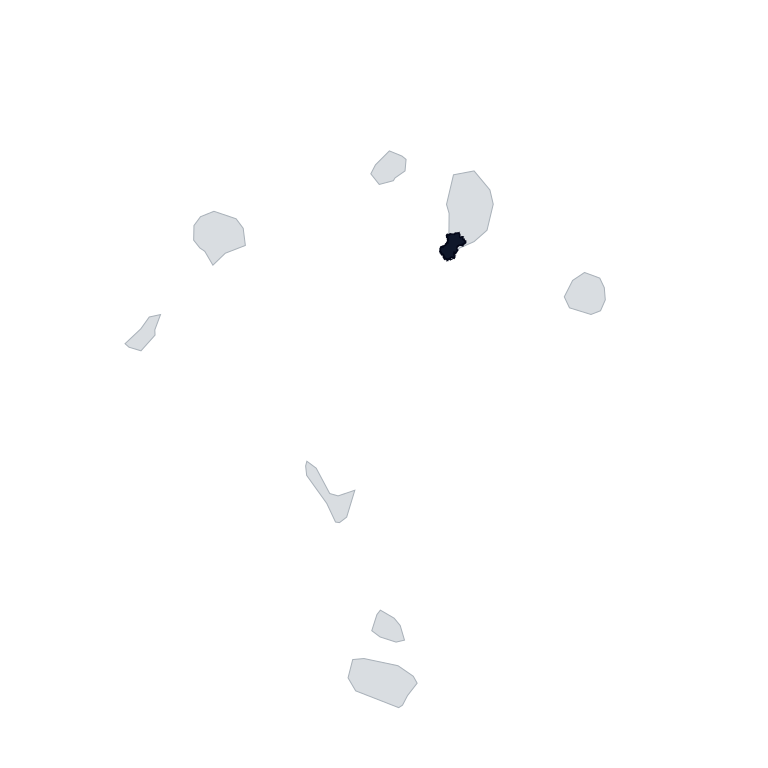 Santo Amaro Abade, Tarrafal, Cabo Verde shown in context, rotated 227°
{"feature_id": "66160863B37752467633472", "entity_name": "Santo Amaro Abade", "entity_type": "district", "adm_level": 2, "iso_a3": "CPV", "parent_name": "Cabo Verde", "parent_adm1": "Tarrafal", "projection": "mercator", "projection_center": [-23.726, 15.266], "detail": "fine", "context": "in_parent", "style": "filled", "palette": "ink", "viewbox_px": 768, "rotation_deg": 227, "n_neighbors": 0, "source": "geoboundaries", "source_scale": "gbopen_adm2", "svg_char_len": 6240}
<svg xmlns="http://www.w3.org/2000/svg" viewBox="0 0 768 768"><g transform="rotate(227 384 384)"><path d="M489.6,577.5L478.4,595.2L453.7,593.8L441.0,586.5L426.2,564.2L426.7,547.0L431.9,532.0L431.0,519.1L433.1,515.6L440.7,517.9L441.9,526.6L464.4,548.0L472.7,552.2L489.6,577.5ZM168.4,202.1L150.3,206.1L142.6,204.2L140.1,188.7L136.5,178.5L137.3,174.0L178.9,154.0L193.6,157.3L203.8,173.2L196.9,182.1L168.4,202.1ZM587.6,339.9L603.2,343.4L609.1,342.1L619.0,342.9L629.5,353.1L631.5,363.9L626.3,377.4L605.7,388.5L593.9,387.2L579.9,377.1L587.9,357.1L587.6,339.9ZM328.8,606.7L314.3,614.0L304.2,610.8L294.6,603.2L289.9,592.3L293.7,582.8L313.2,571.6L324.8,575.3L331.1,592.6L328.8,606.7ZM369.9,265.1L377.5,270.8L380.1,274.9L368.7,277.0L340.9,269.6L333.5,274.1L326.2,290.2L312.1,265.9L313.0,256.9L316.1,254.4L335.7,260.7L369.9,265.1ZM538.4,552.6L533.2,553.3L525.5,544.7L527.2,532.6L526.3,529.5L533.2,516.6L546.7,517.7L550.1,527.2L550.8,546.9L538.4,552.6ZM221.1,227.1L205.8,231.7L196.3,231.1L182.7,224.3L187.0,216.8L201.7,208.6L211.9,206.8L220.2,221.6L221.1,227.1ZM593.1,258.0L587.2,267.9L579.9,253.3L575.9,249.9L574.0,228.9L584.8,222.6L590.1,222.1L590.2,243.8L593.1,258.0Z" fill="#d9dde1" stroke="#a8b0b8" stroke-width="1"/><path d="M443.6,541.7L443.8,541.3L443.9,541.2L444.2,540.9L444.7,540.3L444.7,539.9L444.9,539.7L445.2,539.6L445.8,539.0L445.7,538.4L445.3,537.8L445.3,537.6L446.4,536.9L446.8,536.3L447.3,535.9L447.5,535.6L447.8,535.5L448.3,535.1L448.4,534.9L448.5,534.9L448.5,534.6L448.9,534.3L449.0,534.0L448.3,533.5L449.6,532.7L449.8,531.8L450.0,531.7L450.3,531.9L450.3,531.7L450.1,531.3L449.9,531.5L449.6,531.3L449.6,531.0L449.4,530.6L449.1,530.4L448.9,530.6L448.9,530.3L448.6,530.0L448.4,530.2L448.4,530.4L448.2,530.5L448.4,530.7L448.2,530.8L448.0,530.5L448.1,530.3L448.0,530.1L447.8,530.1L447.8,530.3L447.5,530.0L447.3,530.1L447.1,530.0L446.9,530.0L446.9,529.9L447.1,529.7L446.8,529.4L446.7,529.6L446.6,529.4L446.2,529.6L446.2,529.4L446.0,529.1L445.8,529.4L445.7,529.3L445.8,529.0L445.5,529.0L445.6,528.7L445.4,528.6L445.3,528.3L445.2,528.3L445.2,528.2L445.0,527.9L444.9,528.0L444.8,527.6L444.5,527.7L444.4,527.6L444.7,527.4L444.3,527.0L444.5,526.9L444.5,526.7L444.2,526.7L444.4,526.5L444.1,526.4L444.1,526.2L444.2,525.8L444.0,525.6L443.8,525.5L444.0,525.5L444.2,525.2L443.9,525.2L443.9,524.9L443.7,525.0L443.7,524.9L443.8,524.8L443.8,524.5L443.8,524.3L443.7,524.1L443.8,524.1L443.8,523.9L443.7,523.8L443.6,523.6L443.7,523.2L444.0,523.0L444.0,522.7L444.2,522.4L444.2,522.2L444.3,521.7L444.2,521.6L444.4,521.3L443.9,521.2L443.6,520.9L443.6,520.7L443.9,520.3L444.1,520.4L444.3,520.3L444.8,520.5L444.8,520.4L445.1,520.0L445.1,519.7L444.9,519.6L445.1,519.6L445.3,519.4L445.2,519.3L445.3,519.3L445.4,518.9L445.0,518.7L445.1,518.3L444.8,517.9L444.8,517.6L444.5,517.4L444.5,517.1L444.1,517.0L444.1,516.8L443.9,516.7L443.7,516.7L443.6,516.4L443.4,516.1L443.2,516.2L442.7,515.8L442.8,515.6L443.1,515.5L443.0,515.3L442.8,515.2L442.7,515.2L442.4,515.1L442.4,515.5L442.2,515.7L441.7,515.7L441.1,515.7L440.8,515.5L440.8,515.4L441.0,515.3L441.2,515.1L441.2,514.9L441.0,515.0L440.8,514.8L440.7,514.8L440.4,514.6L440.1,514.8L440.1,514.6L439.6,514.4L439.3,514.4L439.3,514.6L438.9,514.5L438.8,515.1L438.9,515.3L438.8,515.5L438.6,515.5L438.3,515.4L438.2,515.7L437.5,515.6L437.5,515.2L437.4,515.1L437.5,515.0L436.9,514.9L436.6,515.0L436.5,514.9L436.5,514.7L436.3,514.8L436.3,514.6L436.1,514.8L435.8,514.6L435.9,514.4L435.8,514.2L435.3,514.6L435.2,514.2L435.1,514.3L435.0,514.1L434.8,514.0L434.9,513.8L434.7,513.8L434.7,513.6L434.2,513.4L433.7,513.5L433.9,514.0L433.6,514.0L433.6,514.4L433.8,514.5L433.7,514.7L433.3,514.5L433.1,514.8L433.0,514.7L432.9,514.8L432.9,515.0L432.7,515.0L432.7,514.9L432.7,515.0L432.6,514.8L432.4,514.7L431.8,514.9L431.6,514.7L431.5,514.8L431.4,514.7L431.4,514.8L431.3,515.3L431.2,515.3L431.4,515.6L431.3,515.8L431.2,515.7L431.2,515.9L431.6,516.2L431.8,516.3L431.7,516.4L431.6,516.5L431.4,516.4L431.3,516.7L431.1,516.7L431.0,516.9L431.1,517.0L431.3,517.3L431.2,517.5L431.1,517.4L430.9,517.6L430.5,517.8L430.4,517.7L430.3,517.3L430.2,517.4L430.0,517.2L429.6,517.3L429.6,517.5L429.9,517.9L429.8,518.0L430.4,517.9L430.5,518.0L430.9,518.1L431.1,518.3L431.1,518.8L430.8,519.2L430.8,520.1L430.4,520.4L430.0,520.3L430.0,520.1L429.9,520.1L429.7,520.1L429.2,520.1L428.9,520.4L429.0,520.6L428.9,520.7L428.9,520.9L428.7,520.8L428.3,520.9L428.4,521.1L428.2,521.3L428.4,521.5L428.7,521.4L428.6,521.5L428.7,521.9L428.5,522.3L428.7,522.5L429.1,522.7L429.5,522.7L429.5,522.8L429.6,522.7L430.0,522.7L430.1,522.8L430.1,522.7L430.3,522.7L430.6,523.1L430.6,523.3L430.7,523.5L431.1,523.6L431.1,523.8L431.4,523.7L431.6,524.0L431.8,523.9L431.9,524.1L432.1,524.3L432.2,524.5L432.3,524.6L432.1,524.6L432.2,524.8L432.0,525.0L431.9,525.0L431.9,524.9L431.8,525.1L431.7,525.0L431.2,525.1L430.9,525.2L431.0,525.3L430.9,525.4L431.2,525.5L431.1,525.8L431.0,525.7L431.0,525.8L431.3,525.9L431.0,526.0L431.1,526.4L431.0,526.8L431.5,528.7L431.5,529.1L431.8,529.3L432.2,529.0L432.9,529.3L433.7,530.0L433.9,530.4L434.1,530.5L434.2,530.8L434.3,530.9L434.4,531.2L434.3,531.6L434.6,531.9L434.3,532.1L434.2,532.4L434.3,532.5L434.2,532.6L434.3,532.9L434.2,533.2L434.4,533.3L434.3,533.6L433.6,534.5L433.4,534.5L433.1,534.9L432.8,535.1L432.7,535.1L432.5,535.3L432.1,535.4L432.2,535.5L431.9,535.8L432.0,535.9L431.9,535.9L431.9,536.1L432.0,536.1L431.9,536.2L432.1,536.3L431.9,536.3L432.0,536.4L431.9,536.4L432.0,536.6L431.8,536.8L431.7,537.1L431.8,537.3L431.8,537.5L432.0,537.6L431.9,537.7L431.8,537.9L431.9,538.1L431.9,538.4L432.1,538.5L431.9,538.7L431.7,538.9L431.8,539.4L431.6,539.6L431.6,539.8L432.0,540.2L431.9,540.3L432.2,540.5L432.5,540.6L432.6,541.0L432.8,541.1L432.9,540.9L433.0,541.1L433.5,540.7L433.8,540.7L434.0,540.8L434.6,540.6L434.9,540.8L435.0,541.1L435.2,541.3L435.4,541.0L435.6,540.4L436.1,540.2L436.2,540.3L436.3,540.3L436.4,540.6L436.7,540.6L436.8,540.8L436.8,541.0L436.9,541.3L437.1,541.3L437.3,541.5L437.7,541.9L438.0,541.7L438.0,541.9L438.6,541.4L438.5,541.2L438.5,540.8L438.8,540.5L438.9,540.1L439.1,540.0L438.9,539.7L439.0,539.6L439.6,539.8L440.0,539.7L440.2,540.0L440.4,540.0L440.5,540.2L441.1,540.6L441.1,540.9L441.3,541.1L441.5,541.1L441.9,541.5L442.3,541.6L443.2,541.3L443.5,541.4L443.6,541.7Z" fill="#0f172a" stroke="#020617" stroke-width="1.5"/></g></svg>